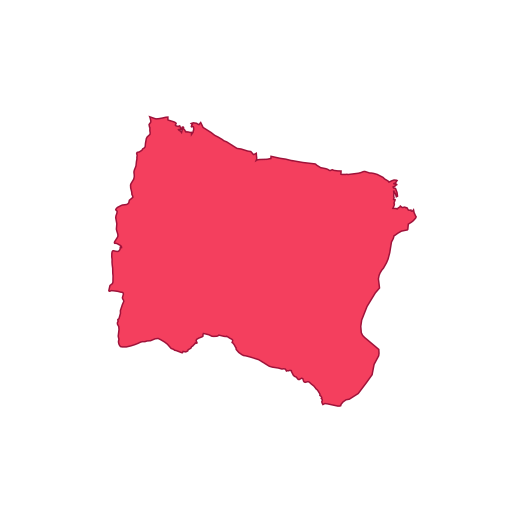 Chibed, Mures, Romania, rotated 154°
{"feature_id": "2599482B68671964620043", "entity_name": "Chibed", "entity_type": "district", "adm_level": 2, "iso_a3": "ROU", "parent_name": "Romania", "parent_adm1": "Mures", "projection": "equal_earth", "projection_center": [24.976, 46.536], "detail": "fine", "context": "isolated", "style": "filled", "palette": "rose", "viewbox_px": 512, "rotation_deg": 154, "n_neighbors": 0, "source": "geoboundaries", "source_scale": "gbopen_adm2", "svg_char_len": 6080}
<svg xmlns="http://www.w3.org/2000/svg" viewBox="0 0 512 512"><g transform="rotate(154 256 256)"><path d="M295.2,418.8L295.1,418.4L295.1,417.9L296.5,415.1L297.1,413.1L297.8,412.0L298.2,411.7L301.6,410.7L303.1,409.6L305.9,405.8L307.7,402.8L309.1,402.1L311.0,401.9L311.7,401.3L312.7,401.0L315.3,400.7L317.3,401.2L317.7,401.1L318.0,400.5L318.4,400.3L318.6,398.7L319.8,396.9L320.5,395.4L322.0,393.4L324.3,389.7L325.5,388.5L327.5,386.7L328.5,385.6L329.2,384.3L329.6,383.0L330.5,380.9L331.2,379.9L332.3,378.6L336.8,375.7L337.7,374.7L338.8,372.1L339.7,367.9L340.6,365.6L340.5,364.5L340.8,363.0L341.0,362.7L345.4,361.6L347.1,359.5L348.6,359.0L349.7,359.0L353.8,360.4L355.1,360.5L359.2,360.4L360.7,359.9L361.7,359.2L361.7,358.4L361.2,357.3L361.3,356.8L362.3,355.4L364.3,353.4L365.3,351.9L367.0,345.9L369.7,341.4L370.1,339.7L370.6,336.4L371.0,335.2L371.7,334.0L372.4,333.5L376.8,330.8L377.4,330.1L377.5,329.6L377.4,329.3L376.3,328.8L375.3,327.9L374.6,326.8L373.4,325.2L372.8,323.7L373.0,322.7L373.2,322.4L373.7,322.6L373.9,323.5L374.1,323.5L375.0,321.9L375.8,321.2L377.5,320.5L378.3,320.7L379.8,321.6L381.9,323.3L382.5,323.4L383.4,322.9L384.4,321.6L386.0,318.5L386.8,316.1L388.1,313.6L389.1,311.1L390.2,307.8L392.2,303.5L393.2,300.8L396.0,295.3L397.0,294.3L397.4,294.1L400.1,293.5L400.6,293.0L403.4,289.5L403.5,289.1L403.2,288.6L402.6,288.4L401.2,288.3L399.3,287.2L395.7,284.8L393.4,282.8L392.4,282.2L391.7,281.4L391.7,280.4L392.0,279.7L394.3,277.2L394.5,276.7L394.6,275.6L394.4,274.5L394.7,273.2L397.4,270.9L401.8,266.4L403.0,263.8L406.5,259.9L407.0,259.6L407.6,259.6L408.2,259.3L408.5,257.8L409.7,256.9L410.1,256.3L410.4,255.3L410.3,252.7L411.4,249.9L414.9,244.5L415.2,243.6L415.7,241.3L417.0,239.6L417.4,238.7L417.8,237.0L417.8,235.4L417.5,234.0L416.2,233.0L412.3,231.1L408.0,230.1L404.0,229.5L400.4,229.2L397.5,229.2L395.6,228.8L393.4,227.7L391.2,227.4L387.9,226.1L383.0,225.8L380.1,224.8L378.3,222.5L375.9,218.8L374.3,215.6L372.8,210.1L371.1,208.3L370.4,206.9L369.3,206.1L365.2,201.7L364.5,201.3L363.4,202.2L361.2,200.6L359.0,200.6L358.1,201.5L355.0,201.7L353.7,202.7L352.1,202.9L351.0,203.4L349.6,203.8L348.7,204.4L348.3,204.4L348.1,203.9L347.4,203.6L347.0,204.0L347.0,205.4L346.8,206.4L345.8,207.1L343.6,207.3L339.8,207.0L338.7,207.3L338.3,208.4L337.3,209.4L335.9,208.4L332.8,205.8L330.8,203.2L329.3,202.3L326.5,201.1L325.3,200.9L324.1,201.2L319.8,197.7L318.0,196.6L317.7,196.8L317.4,196.6L315.2,193.0L314.3,191.9L313.9,190.8L313.9,190.4L314.3,189.8L315.4,188.7L315.0,188.2L314.5,186.0L314.4,183.2L314.2,182.5L314.2,182.1L314.7,181.2L314.7,180.4L313.8,176.9L312.0,173.6L310.8,172.0L309.0,170.8L305.4,167.7L299.0,161.6L292.4,151.1L290.1,149.0L285.0,145.5L282.2,143.0L280.7,142.6L279.3,141.6L279.0,140.6L279.2,139.8L279.0,139.2L278.1,139.2L277.2,138.6L276.1,138.5L275.0,138.0L274.5,137.5L274.8,136.8L274.7,132.3L274.1,130.9L272.9,129.5L272.2,126.6L271.4,126.0L268.7,126.2L268.0,125.6L267.7,125.1L268.1,122.6L267.9,121.7L267.2,120.9L264.3,120.3L263.4,119.3L262.5,116.9L261.0,113.8L260.4,111.2L260.4,110.6L259.5,108.5L259.1,104.7L259.1,103.6L259.7,102.7L259.0,101.3L259.0,99.9L259.8,99.3L259.3,98.1L259.8,97.0L260.6,96.4L261.0,95.3L261.0,93.2L258.8,93.2L256.6,91.8L248.2,85.2L246.4,84.4L245.5,84.3L244.6,85.4L241.7,86.7L238.1,87.3L234.9,86.4L224.4,87.6L212.6,93.6L203.7,98.4L197.4,106.8L189.5,112.5L188.1,114.6L186.6,118.2L194.1,135.1L195.0,137.9L195.0,140.9L192.7,146.8L189.1,152.1L178.3,162.0L165.0,170.5L159.0,173.1L156.0,181.8L153.9,184.6L151.9,186.4L149.1,188.2L146.8,189.2L141.7,192.7L138.6,195.4L134.4,200.3L128.1,209.2L125.0,211.5L123.0,213.7L122.0,213.7L118.6,214.3L114.4,214.6L108.5,213.1L107.9,213.4L105.1,217.9L101.3,218.3L99.1,218.8L95.9,220.1L94.9,221.0L95.0,222.0L94.9,225.7L94.2,228.4L95.6,227.7L96.6,228.2L96.8,228.6L96.6,229.4L98.4,230.0L98.9,230.5L99.2,233.2L99.5,233.5L100.1,233.6L100.7,234.6L101.2,234.9L102.8,235.2L103.5,235.7L104.4,237.6L105.3,237.0L107.0,236.9L108.2,236.4L108.6,236.4L109.0,237.1L112.1,238.8L109.7,240.9L108.8,242.1L108.9,242.8L108.5,243.4L106.3,245.5L106.4,245.8L106.5,245.8L106.8,245.6L107.6,246.4L107.5,246.7L106.2,248.2L106.2,249.1L104.7,251.6L103.9,253.9L103.5,253.7L103.9,252.3L104.0,251.6L103.3,251.2L103.9,247.7L102.6,247.7L102.4,248.2L101.4,251.3L101.0,255.2L101.1,255.7L102.4,256.7L102.6,257.2L102.5,257.8L102.3,258.1L101.5,257.9L100.4,257.9L99.4,258.3L98.2,258.4L98.2,258.6L98.3,259.0L99.0,259.6L100.2,260.2L100.4,260.5L100.1,260.7L98.9,260.5L98.4,260.7L96.1,262.0L96.5,262.5L98.6,263.8L101.1,264.1L104.1,264.1L104.2,264.9L104.5,265.6L106.6,268.8L107.4,271.0L111.3,276.2L114.0,278.6L115.8,279.9L117.5,280.8L121.1,284.3L122.5,284.8L125.3,285.0L127.7,285.5L134.4,287.8L137.6,288.9L138.4,289.6L139.4,289.9L143.1,291.7L143.8,292.2L143.8,292.5L143.1,293.6L142.3,295.1L145.3,296.7L148.5,298.8L149.0,299.4L149.6,300.1L152.0,300.3L152.6,300.9L153.6,302.5L155.0,303.9L159.2,307.1L161.7,311.1L162.1,312.3L162.6,312.9L172.9,319.5L181.7,325.9L181.8,325.8L186.8,330.0L191.6,333.3L198.8,339.0L199.9,337.1L203.7,338.1L210.6,341.2L212.6,341.8L214.1,341.7L212.9,342.8L212.3,344.0L211.7,345.8L210.7,348.2L213.2,348.1L213.8,348.3L214.9,352.2L217.4,353.9L222.5,358.7L225.9,361.0L232.3,371.4L234.4,373.7L235.2,375.4L237.9,379.5L240.2,382.5L242.2,386.6L247.2,394.7L247.2,400.2L249.7,399.1L250.8,400.4L251.1,401.2L254.0,403.2L256.2,403.5L256.1,403.2L255.3,402.5L255.4,402.2L256.2,401.9L257.4,400.7L257.3,400.3L256.0,400.1L255.7,399.7L255.7,399.3L255.9,398.5L256.7,396.7L257.8,395.7L258.1,395.0L258.4,394.8L260.7,393.5L259.8,395.4L261.3,396.1L262.4,397.1L263.1,397.3L263.4,397.8L264.0,397.9L264.7,398.4L264.5,398.8L264.9,399.5L264.9,400.7L265.5,402.2L264.9,402.8L264.8,403.3L264.8,403.7L265.2,404.0L265.8,404.2L266.3,403.7L266.8,402.0L268.8,399.6L269.2,401.5L270.1,402.7L270.3,403.5L269.9,403.5L267.8,402.6L267.5,406.3L267.9,406.6L269.1,406.5L270.8,408.0L271.1,409.0L269.7,410.1L269.8,411.0L271.0,412.6L275.4,416.7L275.4,417.2L274.3,419.5L276.4,420.3L279.9,421.1L283.3,422.1L285.6,423.0L286.7,423.9L290.5,427.7L290.6,426.6L291.4,423.3L292.1,422.3L294.4,421.1L294.7,420.5L294.8,419.7L295.2,418.8Z" fill="#f43f5e" stroke="#9f1239" stroke-width="1.5"/></g></svg>